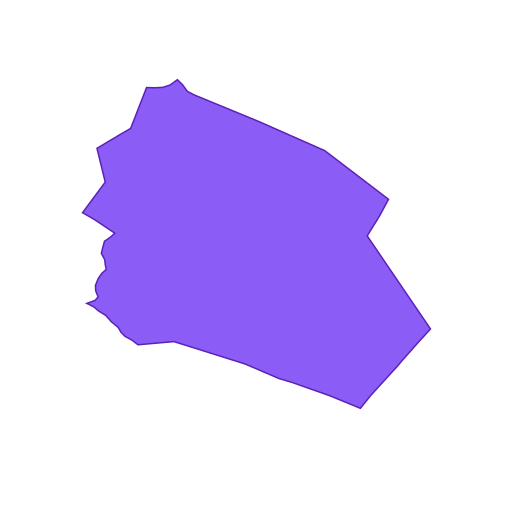 outline of Campo Grande do Piauí, Piauí, Brazil, rotated 114°
{"feature_id": "56859067B96257895784002", "entity_name": "Campo Grande do Piauí", "entity_type": "district", "adm_level": 2, "iso_a3": "BRA", "parent_name": "Brazil", "parent_adm1": "Piauí", "projection": "robinson", "projection_center": [-41.045, -7.177], "detail": "fine", "context": "isolated", "style": "filled", "palette": "violet", "viewbox_px": 512, "rotation_deg": 114, "n_neighbors": 0, "source": "geoboundaries", "source_scale": "gbopen_adm2", "svg_char_len": 835}
<svg xmlns="http://www.w3.org/2000/svg" viewBox="0 0 512 512"><g transform="rotate(114 256 256)"><path d="M352.7,98.7L336.2,94.3L307.5,84.8L299.6,82.1L291.9,79.9L268.5,72.5L251.7,66.9L192.4,162.6L168.9,159.4L150.3,158.0L131.8,236.0L132.0,307.9L134.0,378.3L133.5,385.7L129.5,392.6L126.9,399.5L134.7,404.0L139.8,409.7L143.4,416.7L146.6,424.5L190.4,422.4L200.9,430.0L222.3,445.1L249.8,423.8L287.0,432.1L288.4,418.6L292.6,394.3L297.7,396.5L304.1,400.4L310.1,399.5L316.4,398.4L321.0,392.6L325.4,390.1L329.1,387.3L334.5,389.8L340.8,391.0L348.2,390.7L353.0,388.3L357.6,383.6L361.9,384.9L368.1,391.3L368.4,383.8L370.3,377.1L371.4,369.1L374.9,361.4L377.3,352.9L380.7,348.1L382.7,342.9L383.3,335.2L385.1,327.7L367.6,296.2L359.1,222.2L358.6,184.8L356.9,172.1L353.7,132.1L352.7,98.7Z" fill="#8b5cf6" stroke="#5b21b6" stroke-width="1.5"/></g></svg>